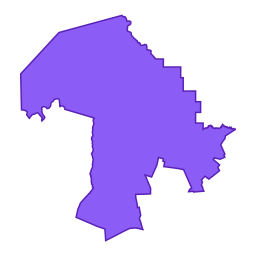 outline of Lampazos de Naranjo, Nuevo León, Mexico
{"feature_id": "50627088B62674122669839", "entity_name": "Lampazos de Naranjo", "entity_type": "district", "adm_level": 2, "iso_a3": "MEX", "parent_name": "Mexico", "parent_adm1": "Nuevo León", "projection": "natural_earth1", "projection_center": [-100.346, 27.012], "detail": "fine", "context": "isolated", "style": "filled", "palette": "violet", "viewbox_px": 256, "rotation_deg": 0, "n_neighbors": 0, "source": "geoboundaries", "source_scale": "gbopen_adm2", "svg_char_len": 5669}
<svg xmlns="http://www.w3.org/2000/svg" viewBox="0 0 256 256"><path d="M21.5,109.8L23.9,110.2L25.4,110.6L25.9,110.9L26.7,111.4L27.2,112.2L27.0,113.4L26.7,114.6L26.8,115.0L27.1,115.2L27.2,115.5L27.6,115.8L27.8,116.1L28.3,117.1L28.7,117.6L29.2,118.1L29.4,118.3L29.8,117.9L30.2,116.9L30.5,116.6L31.1,116.1L31.7,115.2L32.9,114.2L33.7,114.3L34.3,114.2L36.4,113.0L37.4,112.9L38.2,113.1L40.7,116.2L41.7,117.1L41.9,117.6L42.0,118.0L42.0,118.4L41.7,119.9L41.7,120.4L41.9,120.9L42.9,119.9L43.5,119.5L44.8,117.6L44.7,117.1L43.5,115.3L43.0,114.8L42.2,113.2L41.8,111.0L41.9,109.3L41.6,108.0L41.7,107.6L42.6,107.0L43.1,106.8L44.3,106.6L45.4,107.0L46.3,107.6L46.9,108.5L47.2,108.6L47.5,108.6L48.8,108.2L49.1,108.0L50.2,106.6L50.7,105.5L50.8,103.9L50.9,103.4L51.3,102.4L51.6,102.1L52.7,101.6L53.1,101.3L53.4,101.0L53.9,99.8L54.2,99.5L54.9,99.2L55.6,99.1L56.7,98.8L57.8,98.7L58.4,98.9L59.0,99.4L59.3,100.0L59.5,102.3L59.7,103.1L59.8,106.1L59.9,106.6L60.2,106.7L60.5,106.3L61.1,105.9L61.7,105.8L62.8,106.1L63.7,106.7L64.4,107.4L65.0,108.8L64.9,109.3L92.9,117.6L94.3,118.2L93.5,119.1L93.3,119.5L93.1,120.2L93.4,121.5L93.5,122.4L93.6,122.9L93.8,123.3L93.9,123.7L93.8,124.2L93.1,125.9L92.6,127.6L92.6,128.5L92.8,129.8L92.4,131.8L92.4,132.7L92.5,133.3L92.8,134.5L92.9,135.8L92.7,136.1L91.8,137.3L91.6,137.7L91.6,138.1L91.6,138.7L91.7,139.7L92.3,140.9L92.4,141.7L92.6,141.8L92.2,143.4L92.5,144.4L92.6,145.1L92.3,146.2L92.4,146.7L93.3,149.5L92.7,151.7L92.2,152.8L91.7,153.2L91.6,153.8L92.3,155.7L93.2,159.5L92.4,164.6L92.7,166.9L91.9,168.4L91.1,170.2L91.0,171.2L90.0,173.5L90.2,174.2L90.4,174.3L90.3,174.9L90.8,175.1L90.8,175.5L91.0,176.0L90.8,176.4L91.2,176.8L91.0,177.0L91.0,177.5L91.1,178.0L91.3,178.3L91.4,178.7L91.3,179.1L91.2,179.6L91.5,180.4L91.4,180.7L91.5,181.1L91.3,181.5L91.6,182.2L91.4,182.6L91.6,183.2L91.7,184.2L92.4,184.6L92.3,184.9L92.4,185.2L92.5,186.8L92.5,187.2L93.2,187.5L93.3,187.9L93.3,188.4L92.4,189.2L91.6,190.5L91.1,191.1L91.1,191.3L90.9,191.4L91.0,191.5L90.7,191.9L90.1,192.4L90.0,192.7L89.8,192.7L89.6,193.0L89.5,193.5L89.2,193.4L88.8,193.7L88.7,193.8L88.2,194.3L88.0,194.8L87.7,195.2L86.7,196.2L86.4,196.2L86.2,196.6L83.3,199.8L80.5,202.9L77.8,209.6L76.1,217.3L96.8,226.2L104.9,229.0L105.7,240.6L123.9,231.2L129.5,228.5L135.6,227.9L142.9,229.5L142.2,227.9L140.8,222.5L139.3,218.2L140.7,215.5L139.2,207.2L137.4,207.6L137.3,205.6L137.1,203.8L135.8,197.8L135.8,196.5L135.6,195.7L135.6,194.4L143.5,194.2L150.5,193.9L150.6,188.2L145.1,175.0L151.6,177.0L153.7,172.2L156.7,165.6L158.6,157.5L163.4,158.8L162.9,161.2L164.7,161.8L163.8,166.6L177.4,168.4L183.6,169.6L191.6,187.8L191.6,188.3L190.2,188.9L189.7,189.5L189.2,190.4L189.5,190.3L189.1,191.1L188.8,191.7L193.7,191.3L193.7,192.0L203.8,191.2L202.6,188.1L202.4,186.6L201.4,185.4L202.4,182.0L201.9,181.0L201.4,180.0L202.0,179.4L205.0,176.2L206.3,177.2L206.7,177.7L206.8,177.8L207.0,177.7L208.9,179.1L212.0,176.6L212.3,176.5L219.5,170.7L219.4,170.3L217.8,167.5L219.6,164.8L213.3,159.6L214.1,158.6L214.1,157.9L220.3,159.2L224.8,157.2L223.9,155.1L224.9,154.2L220.7,144.7L223.8,139.9L224.6,139.4L225.2,137.3L225.3,136.0L232.6,131.2L235.1,129.7L235.3,129.3L235.3,129.1L235.2,129.0L234.8,129.0L234.6,129.1L234.3,129.1L234.0,128.8L233.1,128.4L232.9,128.5L232.3,129.1L231.6,129.1L231.4,128.8L231.4,128.5L231.2,127.9L231.2,127.3L231.1,127.2L230.8,127.3L230.3,127.8L230.3,128.0L230.2,127.9L229.7,127.4L229.4,127.2L229.0,127.7L228.4,128.0L227.7,127.8L227.6,127.5L227.7,127.3L227.6,127.2L227.3,127.2L227.2,127.0L226.9,126.8L226.7,126.8L226.2,127.2L225.8,126.7L225.4,126.4L224.8,126.3L224.6,126.3L224.5,126.5L224.2,126.3L223.7,125.6L223.6,125.2L222.8,125.0L222.6,124.5L222.5,124.4L222.4,124.6L222.4,124.9L222.1,125.3L221.7,126.2L221.3,126.2L221.0,126.5L221.1,126.8L221.5,126.7L221.5,127.3L221.1,127.4L220.7,127.4L219.7,128.3L218.6,128.3L218.3,128.1L217.9,128.3L217.3,128.1L217.2,128.0L216.6,128.0L216.3,128.2L216.1,128.0L215.7,128.2L215.3,128.0L215.2,128.4L214.9,128.3L214.4,128.3L214.1,128.5L213.6,128.2L213.4,128.2L213.1,127.7L212.9,127.7L213.0,127.5L212.9,127.3L212.3,127.3L212.1,127.2L212.0,126.7L212.2,126.3L211.9,126.1L211.8,126.4L211.7,126.2L211.2,126.3L211.1,126.2L211.5,126.0L211.5,125.9L211.0,125.7L211.0,125.4L210.7,125.3L210.1,125.5L210.1,125.8L209.7,125.9L209.3,125.6L208.4,125.9L208.4,126.2L208.6,126.3L208.6,126.5L208.2,126.8L207.9,127.1L208.0,127.3L207.9,127.4L208.0,127.6L207.9,127.7L207.6,127.5L207.2,128.0L206.9,128.1L206.6,127.8L206.1,127.8L205.9,127.9L205.6,128.2L205.4,128.2L205.2,128.4L204.8,128.3L204.7,128.6L204.2,128.7L203.9,128.5L203.6,128.5L203.1,129.1L203.1,123.1L195.6,123.1L195.6,112.4L200.6,112.4L200.6,101.7L195.6,101.7L195.6,91.0L183.2,91.1L183.2,77.7L180.7,77.7L180.7,67.0L163.3,67.0L163.4,59.0L155.9,59.0L150.9,53.6L150.9,51.3L151.1,51.1L150.9,50.6L150.5,50.3L149.5,50.2L149.0,50.3L148.6,49.9L147.6,50.0L147.2,49.8L146.9,49.2L146.8,47.7L146.7,47.3L146.9,46.2L146.7,45.8L146.4,45.4L146.3,44.9L145.3,44.5L144.5,44.5L143.9,44.9L143.0,45.1L142.8,45.3L142.4,45.4L141.5,45.3L140.9,45.3L140.3,44.9L140.2,44.7L140.4,44.2L140.3,43.8L139.8,43.3L139.5,42.7L138.8,42.5L138.2,42.9L137.9,42.8L137.5,42.3L137.4,41.1L137.1,40.7L136.3,40.4L136.2,40.1L135.6,39.5L133.7,37.9L132.9,36.9L132.3,36.5L131.5,35.2L131.2,33.1L131.0,32.7L130.6,32.3L129.2,31.8L128.4,31.2L127.7,31.2L127.3,30.9L127.1,29.8L127.6,27.9L127.5,27.5L127.6,26.1L128.3,25.4L129.8,24.9L130.1,24.6L130.7,23.7L130.8,22.4L130.7,21.8L130.5,21.5L129.7,21.1L129.0,21.0L128.5,21.1L127.8,21.2L127.0,21.1L126.8,20.9L126.8,20.4L126.3,19.3L126.4,19.0L126.1,18.3L125.9,18.0L125.3,17.5L125.0,17.0L125.0,16.8L124.6,16.6L123.8,16.7L123.3,16.5L123.0,16.6L122.6,16.2L121.9,15.4L59.0,32.5L20.7,73.9L21.5,109.8Z" fill="#8b5cf6" stroke="#5b21b6" stroke-width="1.5"/></svg>